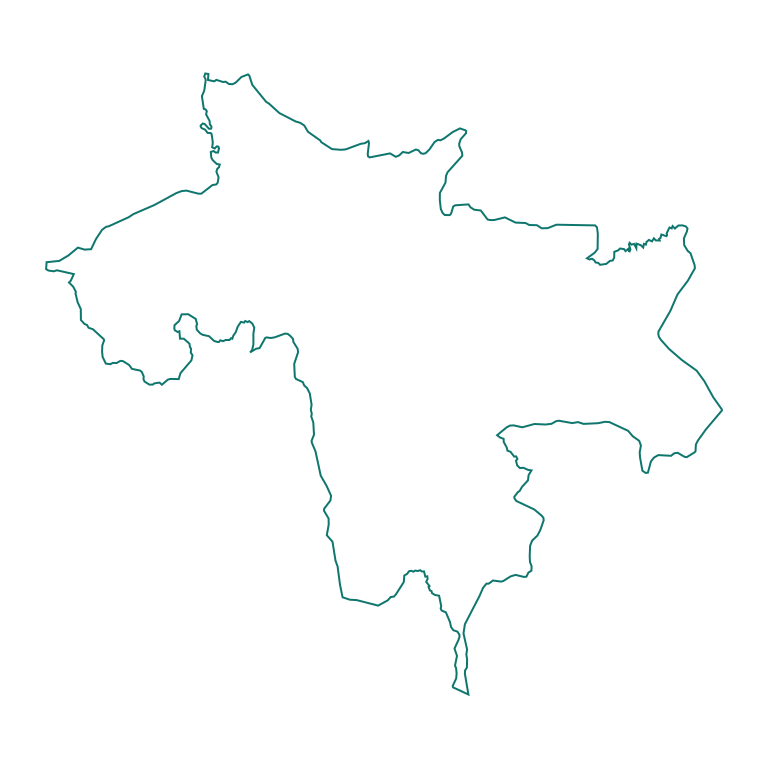 Lubudi, Katanga, Democratic Republic of the Congo
{"feature_id": "63176286B52782039621830", "entity_name": "Lubudi", "entity_type": "district", "adm_level": 2, "iso_a3": "COD", "parent_name": "Democratic Republic of the Congo", "parent_adm1": "Katanga", "projection": "natural_earth1", "projection_center": [26.13, -10.358], "detail": "fine", "context": "isolated", "style": "outline", "palette": "teal", "viewbox_px": 768, "rotation_deg": 0, "n_neighbors": 0, "source": "geoboundaries", "source_scale": "gbopen_adm2", "svg_char_len": 6083}
<svg xmlns="http://www.w3.org/2000/svg" viewBox="0 0 768 768"><path d="M205.3,73.5L204.2,76.6L205.6,79.2L205.6,81.1L204.2,90.8L201.9,96.1L203.8,108.9L205.6,109.4L206.8,111.2L206.1,114.4L209.6,121.0L209.9,124.4L211.4,126.4L211.4,127.9L210.8,128.8L208.9,128.7L204.7,124.0L202.8,123.5L200.7,125.5L200.7,126.6L201.6,128.1L205.2,129.7L207.6,132.9L210.5,133.0L211.6,134.0L212.8,142.3L212.2,147.3L214.7,148.5L216.7,146.4L218.3,146.6L219.0,148.3L218.0,152.5L215.6,152.5L213.4,151.0L210.8,152.0L211.3,157.6L212.6,160.0L216.8,164.0L219.7,164.5L219.1,167.1L217.3,168.8L216.4,171.6L218.6,177.4L217.6,182.9L216.3,184.4L212.4,185.1L201.3,193.7L198.5,193.7L186.4,190.6L181.6,191.1L176.3,193.1L154.2,205.1L133.4,214.1L128.7,217.2L108.7,226.3L106.1,226.8L102.1,229.8L96.0,239.0L91.1,249.2L84.5,249.6L77.9,247.6L68.5,255.4L59.3,260.9L46.6,262.2L46.1,269.1L48.3,270.5L53.7,271.3L57.0,270.3L73.8,274.1L70.8,280.7L69.0,282.5L73.2,286.7L75.9,291.9L75.5,293.5L77.7,302.4L80.8,309.1L80.9,320.0L84.4,323.9L87.0,325.0L88.6,327.8L92.8,329.2L103.7,339.1L104.1,340.4L102.3,345.5L102.1,351.7L102.6,356.9L105.8,363.6L110.5,364.2L112.7,362.9L116.7,363.0L120.3,360.9L122.9,361.1L129.0,364.9L132.0,368.9L139.9,370.5L141.7,371.8L143.7,376.3L143.5,379.3L144.6,381.6L149.4,384.6L152.8,384.6L154.2,383.4L159.5,382.6L161.9,384.7L167.9,379.6L170.6,378.9L178.7,379.1L180.5,373.1L191.4,360.4L192.5,355.2L190.8,352.8L191.0,348.6L190.0,347.0L189.4,343.6L183.8,338.7L180.0,338.7L179.4,331.3L177.6,332.0L174.8,330.2L174.3,328.6L174.5,325.2L179.1,321.0L181.6,314.4L188.1,314.2L195.7,318.9L197.1,324.1L196.3,326.1L196.8,329.7L200.1,333.3L202.6,334.8L209.0,336.2L214.1,340.9L217.5,342.0L219.1,341.9L220.3,340.3L223.0,341.2L225.6,340.0L229.5,340.0L231.1,338.2L232.3,338.7L233.3,335.7L235.8,332.1L237.6,326.9L240.9,321.9L244.1,322.6L245.2,321.0L247.7,322.1L249.2,321.1L252.4,323.7L254.3,327.7L253.4,333.7L253.4,344.6L252.1,350.0L250.1,352.4L256.2,348.7L259.6,348.1L265.3,337.9L266.5,337.4L270.7,338.0L274.8,337.3L285.0,333.6L287.8,333.9L290.5,336.1L293.0,339.0L293.4,342.0L297.6,348.7L298.1,352.2L294.2,363.9L294.8,376.8L296.0,379.0L302.8,382.1L304.2,385.5L307.1,388.1L309.8,393.5L311.6,404.9L310.8,409.6L311.8,413.9L311.2,416.3L313.3,422.5L314.0,434.7L311.6,440.7L311.8,442.6L315.5,451.4L320.7,475.6L326.7,486.1L331.1,495.8L330.4,500.5L324.1,508.8L324.0,510.7L328.6,518.5L328.7,524.7L326.8,535.2L332.5,541.7L335.5,560.6L337.6,566.5L340.0,584.8L342.6,597.3L349.9,599.7L356.7,600.1L378.1,605.6L387.7,600.4L390.7,597.0L393.9,596.6L395.9,594.4L403.8,582.0L404.3,575.5L407.1,573.9L409.1,571.2L411.3,570.8L413.4,571.7L415.1,570.6L417.9,571.0L420.1,570.2L421.9,571.5L424.0,571.4L425.3,576.6L427.3,576.3L427.6,578.9L426.2,581.9L429.5,586.0L428.5,586.9L429.9,590.4L431.5,591.1L432.0,593.1L435.0,595.0L439.1,595.7L441.2,606.1L440.7,608.5L441.6,610.5L445.9,612.4L450.0,622.1L451.0,626.9L453.3,630.2L457.4,631.6L459.4,634.7L459.5,636.8L458.5,639.9L454.5,648.5L457.0,655.9L455.0,665.6L456.1,668.2L456.6,673.5L456.2,678.4L452.7,686.0L453.1,687.4L468.4,694.5L464.9,673.8L465.1,670.4L466.9,667.5L467.1,659.3L466.3,654.4L467.1,649.6L463.5,633.4L464.9,624.2L479.4,596.2L483.1,587.8L486.4,583.7L488.6,583.7L493.0,580.5L501.1,581.6L503.3,581.0L510.6,576.4L515.5,574.9L523.8,576.9L526.4,576.7L528.4,572.6L531.4,570.7L531.6,566.2L530.0,562.1L529.7,556.3L530.1,545.8L532.2,540.5L537.4,535.6L540.3,530.0L543.7,520.3L543.4,517.8L541.7,515.7L534.3,509.5L516.3,501.0L514.4,498.2L514.3,496.8L517.9,492.1L519.7,490.9L522.0,486.9L528.0,480.3L528.6,475.1L531.5,470.4L527.9,469.8L523.5,467.8L519.8,468.0L517.2,465.4L516.0,460.8L517.4,458.9L516.1,456.4L514.2,456.6L510.5,451.8L507.4,450.6L506.8,447.7L503.7,441.9L503.6,438.8L500.2,437.6L497.1,435.2L506.6,427.4L509.9,425.6L513.8,425.4L522.3,427.3L534.4,424.0L545.6,424.5L551.5,423.8L556.1,421.2L558.7,420.7L572.3,423.1L578.0,422.1L583.6,423.9L598.1,423.2L605.0,421.8L609.4,422.1L628.1,430.8L632.8,436.3L639.2,440.8L640.9,445.5L639.7,452.3L640.0,457.1L642.4,470.7L645.6,472.9L647.9,472.7L650.9,461.5L653.8,457.7L658.3,455.1L671.1,455.8L674.2,453.3L677.7,452.8L684.5,456.8L686.7,457.2L694.8,452.2L695.5,451.3L695.9,444.5L697.8,440.7L706.0,429.3L721.9,410.5L721.9,409.5L713.2,397.2L704.3,381.1L696.7,370.7L681.7,359.9L669.0,348.9L660.8,339.7L658.9,336.8L658.3,334.0L658.5,331.5L670.3,311.0L677.5,294.4L687.8,280.8L694.9,268.3L694.6,265.2L690.5,253.2L687.8,251.0L684.2,245.2L683.9,238.4L686.9,231.5L687.5,228.4L685.8,226.4L682.6,225.4L678.4,225.5L674.9,228.5L672.6,226.1L671.7,228.4L669.5,227.5L666.7,233.2L667.1,235.2L666.4,236.2L661.4,234.5L660.5,237.9L659.1,238.8L659.7,240.5L655.8,240.4L653.9,238.3L652.0,241.4L648.9,239.9L646.5,242.0L645.9,244.6L643.9,243.9L643.2,247.5L640.8,245.2L636.5,243.6L636.3,248.2L634.1,243.9L631.5,244.6L629.6,242.8L629.0,244.4L630.4,249.6L629.6,251.4L628.9,251.2L628.4,248.7L625.5,251.1L624.0,249.1L620.1,248.5L618.1,250.4L614.3,251.8L614.2,257.6L612.7,260.5L609.9,260.9L606.3,263.9L600.1,264.8L598.3,262.9L595.6,262.5L594.3,260.4L592.0,258.7L589.6,259.5L587.0,258.3L594.7,252.7L597.6,249.0L597.8,233.6L597.0,227.4L595.1,225.4L556.4,224.7L547.8,228.1L541.7,228.3L536.9,225.2L529.3,225.0L525.5,223.0L515.6,222.6L504.9,217.4L493.9,220.1L489.9,220.0L487.6,219.5L480.8,210.5L474.2,209.7L470.5,207.3L468.5,204.4L455.2,205.3L453.2,206.5L451.1,213.6L449.7,215.1L444.7,215.0L442.5,212.8L440.8,208.9L439.8,200.0L439.9,192.9L445.5,182.6L446.0,175.9L447.6,172.2L462.3,155.8L462.1,152.6L459.3,146.2L459.2,143.7L460.7,139.2L466.0,133.2L466.2,131.0L465.6,130.4L460.0,128.4L452.6,132.1L443.9,138.6L440.4,140.3L437.9,139.9L434.6,142.0L429.3,149.6L425.6,153.2L423.2,153.8L420.9,153.2L418.4,150.3L415.9,149.5L408.6,153.0L402.8,152.0L399.2,155.4L395.8,156.8L390.0,153.4L369.7,157.4L368.1,156.4L367.7,154.2L369.0,143.0L368.4,141.0L365.1,143.1L360.5,143.9L345.6,149.4L341.1,149.8L332.0,149.1L321.3,142.2L320.3,140.5L308.0,131.8L304.3,125.5L300.2,122.8L295.7,121.5L279.4,113.1L269.1,103.7L266.2,101.9L252.3,84.9L249.3,75.6L248.0,74.4L241.4,77.0L235.6,82.7L232.5,84.2L228.9,84.0L225.7,81.7L223.0,82.0L216.4,79.9L214.2,81.3L208.0,80.0L208.4,74.0L205.3,73.5Z" fill="none" stroke="#0f766e" stroke-width="2"/></svg>